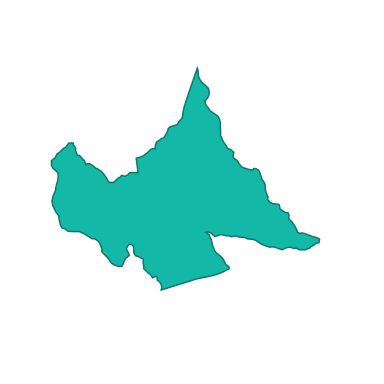 Ipu, Ceará, Brazil (Natural Earth projection), rotated 305°
{"feature_id": "56859067B13578671451293", "entity_name": "Ipu", "entity_type": "district", "adm_level": 2, "iso_a3": "BRA", "parent_name": "Brazil", "parent_adm1": "Ceará", "projection": "natural_earth1", "projection_center": [-40.662, -4.382], "detail": "fine", "context": "isolated", "style": "filled", "palette": "teal", "viewbox_px": 384, "rotation_deg": 305, "n_neighbors": 0, "source": "geoboundaries", "source_scale": "gbopen_adm2", "svg_char_len": 3674}
<svg xmlns="http://www.w3.org/2000/svg" viewBox="0 0 384 384"><g transform="rotate(305 192 192)"><path d="M94.0,222.9L96.5,224.9L100.9,228.2L106.4,232.5L123.9,246.0L132.5,254.2L138.2,259.2L143.4,262.8L150.5,266.5L152.1,264.8L152.0,261.3L153.6,258.6L154.9,256.0L155.8,252.0L155.9,249.7L156.1,246.8L157.1,243.7L158.9,241.3L160.6,238.9L162.3,237.0L163.9,235.4L165.0,233.1L166.8,230.3L166.9,226.6L168.4,228.1L169.4,231.1L168.9,233.6L168.7,236.4L173.5,239.8L174.7,242.5L176.0,245.4L177.3,247.3L177.9,249.7L179.8,251.8L181.7,254.1L182.4,257.5L184.0,259.5L185.1,261.8L185.4,264.2L186.6,266.4L188.1,268.8L188.9,271.8L189.0,275.0L189.1,279.1L190.4,284.3L191.4,287.2L192.9,289.0L194.2,291.1L195.2,294.7L195.8,297.1L196.5,299.1L199.2,300.4L201.4,302.1L203.1,304.0L204.0,307.5L205.7,309.7L206.5,313.5L208.4,316.1L209.8,318.2L211.7,319.0L213.3,320.5L215.3,320.8L218.4,322.3L221.2,323.0L223.2,325.1L226.6,323.5L226.1,320.1L224.6,316.5L224.1,313.8L223.3,311.2L222.8,308.8L221.6,305.6L219.8,303.7L219.4,301.6L220.9,299.8L222.4,297.1L223.8,293.8L224.9,290.7L225.6,286.5L228.6,284.8L230.0,283.0L228.7,279.6L228.6,276.2L228.7,273.7L230.5,271.9L231.7,270.3L230.3,267.5L228.8,265.0L228.3,261.5L229.3,258.2L231.7,257.0L232.8,254.9L234.0,253.0L236.3,250.5L238.9,248.7L240.5,247.0L241.7,244.6L242.4,242.2L244.2,239.8L246.4,237.0L247.9,234.4L247.9,231.3L246.9,229.3L245.0,229.1L243.6,227.2L242.5,223.8L241.7,221.2L241.0,218.8L241.7,216.1L242.3,213.9L243.4,212.1L243.8,209.8L243.5,207.1L245.1,204.8L248.3,203.7L249.0,199.8L248.1,195.8L249.8,192.9L250.8,189.6L252.2,186.9L253.7,184.9L254.5,182.9L256.7,181.7L259.7,179.4L262.1,177.5L263.9,176.3L265.6,174.8L267.6,172.7L268.9,169.9L269.0,167.3L268.9,163.9L268.9,160.0L270.2,157.2L270.7,155.1L271.6,152.7L274.2,150.3L278.0,150.9L280.2,150.4L283.2,149.3L286.3,146.1L287.0,141.9L287.2,139.4L287.7,136.5L288.6,134.3L289.6,132.1L292.1,129.5L295.0,127.3L296.5,125.3L271.6,132.4L257.5,136.7L252.2,138.8L250.2,140.0L247.7,141.2L245.2,141.4L242.3,140.9L239.4,141.4L236.9,139.9L235.1,138.4L232.6,136.5L230.2,136.2L228.4,137.0L225.5,137.4L222.6,137.8L220.0,137.7L218.2,136.4L215.4,135.5L213.0,134.4L210.2,134.8L207.8,136.0L206.0,137.0L205.0,135.1L203.4,133.8L201.0,133.3L198.3,132.9L195.9,132.1L193.8,131.3L192.0,130.4L189.5,128.5L187.7,126.9L176.7,136.9L175.6,135.0L174.2,132.7L171.8,129.8L169.2,129.6L166.5,128.3L165.4,125.0L162.7,124.5L160.8,123.4L157.7,122.9L154.8,122.1L152.4,118.9L153.1,116.2L154.6,113.5L156.1,109.2L156.9,105.7L156.8,101.9L156.3,99.2L156.7,96.1L156.5,92.1L155.3,90.3L153.5,89.0L155.9,86.1L156.5,82.6L157.4,79.0L156.3,77.0L158.9,73.1L161.2,71.5L162.2,68.6L164.0,66.4L161.4,63.1L158.6,62.9L156.1,62.9L154.4,61.9L152.2,61.3L149.1,60.9L145.8,59.6L141.5,60.3L137.2,58.9L135.4,60.0L133.1,61.7L131.5,64.9L131.4,68.1L130.7,71.3L128.0,73.4L125.8,74.8L122.8,75.9L120.2,76.9L117.7,77.8L115.8,79.0L112.5,79.8L109.3,80.4L106.6,81.6L104.5,82.2L103.1,83.8L101.3,85.3L99.3,88.8L97.3,92.6L96.1,96.5L93.5,98.7L91.9,100.6L89.1,103.8L88.0,106.1L89.1,109.1L88.7,112.6L90.1,115.4L94.8,122.2L95.3,124.3L96.0,127.8L96.1,130.5L96.3,134.7L96.5,137.0L97.9,139.4L97.9,143.1L97.5,145.2L95.7,147.8L93.9,150.8L91.7,151.8L90.9,153.8L90.3,157.4L89.9,159.7L89.1,163.1L88.0,164.9L87.5,167.1L87.8,170.8L88.7,173.9L90.6,177.1L93.4,176.8L95.3,176.3L99.5,175.7L102.0,176.5L104.0,177.0L105.3,175.4L106.5,173.3L107.8,170.9L110.2,170.4L112.9,170.4L114.4,172.5L113.8,175.4L111.0,177.6L108.7,179.2L107.4,182.4L108.4,185.5L108.7,187.9L109.1,190.5L107.4,191.8L105.6,192.8L103.6,195.1L101.4,196.6L101.2,199.0L100.5,202.5L100.6,205.4L99.1,209.1L101.4,210.1L102.7,211.8L99.9,214.1L99.7,217.1L98.6,219.7L96.6,222.0L94.0,222.9Z" fill="#14b8a6" stroke="#0f766e" stroke-width="1.5"/></g></svg>